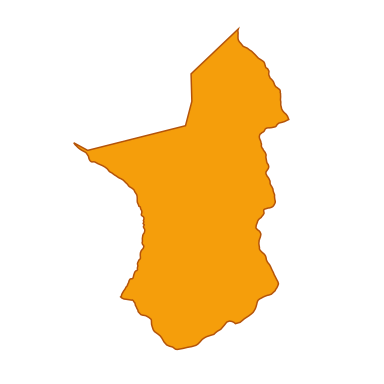 outline of Dekiling, Geylegphug, Bhutan, rotated 170°
{"feature_id": "84629894B28878505567361", "entity_name": "Dekiling", "entity_type": "district", "adm_level": 2, "iso_a3": "BTN", "parent_name": "Bhutan", "parent_adm1": "Geylegphug", "projection": "robinson", "projection_center": [90.344, 26.935], "detail": "fine", "context": "isolated", "style": "filled", "palette": "amber", "viewbox_px": 384, "rotation_deg": 170, "n_neighbors": 0, "source": "geoboundaries", "source_scale": "gbopen_adm2", "svg_char_len": 6026}
<svg xmlns="http://www.w3.org/2000/svg" viewBox="0 0 384 384"><g transform="rotate(170 192 192)"><path d="M280.5,101.1L279.4,99.7L277.5,98.4L276.1,98.0L270.2,96.0L269.4,96.0L268.6,95.0L268.3,94.0L267.6,92.9L267.4,91.5L267.4,90.1L266.9,88.9L266.5,87.0L265.8,85.0L265.8,83.5L263.7,80.2L262.3,79.4L259.2,78.3L258.0,77.4L257.4,76.9L256.2,75.9L255.7,75.3L255.2,74.7L254.7,74.1L254.3,73.4L254.3,72.6L254.5,71.0L254.8,68.8L254.6,66.5L254.1,63.1L253.2,61.1L249.9,57.7L248.2,55.7L247.0,53.2L245.6,49.2L243.5,45.8L241.0,44.1L238.0,42.7L235.6,40.1L233.9,39.5L228.0,39.5L223.5,39.8L219.1,39.8L214.8,40.3L212.8,41.1L210.5,42.7L207.5,45.1L204.9,46.3L202.7,47.0L197.9,47.7L195.2,48.0L193.3,49.3L191.1,50.5L187.5,51.8L183.1,55.4L181.1,57.2L180.0,58.0L177.4,58.4L175.0,57.5L173.2,56.2L172.1,54.8L167.3,55.3L164.8,56.7L162.4,58.1L157.5,60.2L154.6,61.7L152.7,62.9L151.3,64.4L149.9,66.1L148.8,68.0L147.9,69.9L147.0,72.0L145.9,73.8L144.1,74.9L142.1,75.5L140.1,76.2L138.1,76.7L136.0,77.1L133.8,77.2L131.6,77.6L130.0,78.6L127.2,80.4L126.6,81.4L125.1,82.9L123.8,84.7L122.8,86.5L122.9,87.8L123.0,88.6L123.2,89.3L123.5,90.1L124.9,94.7L125.4,96.2L125.6,97.0L125.7,97.8L125.9,98.6L126.6,100.9L126.8,101.6L127.0,102.4L127.4,104.0L127.6,104.8L127.8,105.5L128.1,106.3L128.3,107.0L128.7,107.7L129.1,108.4L129.5,109.1L129.8,109.8L130.1,110.6L130.3,111.4L130.5,112.2L130.5,114.6L130.6,115.4L130.7,116.1L131.0,116.9L131.3,117.6L131.7,118.3L132.2,119.0L133.2,120.1L133.7,120.8L134.6,122.1L135.0,122.8L135.3,123.5L135.5,124.3L135.3,125.1L135.2,125.9L135.2,126.7L135.2,127.5L135.2,128.3L135.1,129.0L135.1,129.8L134.9,130.6L134.6,131.3L134.5,132.1L134.2,132.9L133.8,133.5L133.5,134.3L133.0,134.9L132.3,136.3L132.0,137.1L131.7,137.8L131.5,138.6L131.6,139.4L131.8,140.2L132.0,140.9L132.4,141.7L132.9,142.3L134.0,143.4L134.7,144.5L135.2,145.4L135.2,146.0L134.9,146.8L134.7,147.6L134.4,148.3L134.0,149.0L133.2,150.3L132.8,151.0L132.5,151.8L132.0,152.4L131.5,153.0L130.9,153.5L130.3,153.9L129.6,154.3L128.9,154.6L128.2,155.0L127.7,155.6L125.9,157.1L125.4,157.7L124.9,158.3L124.7,159.1L124.7,159.9L124.7,160.7L124.6,161.5L124.2,162.2L123.5,162.5L122.7,162.6L121.2,162.8L119.7,163.0L118.9,162.9L118.1,162.9L116.6,163.1L115.9,163.3L115.1,163.6L114.5,164.0L113.9,164.5L113.4,165.1L112.9,165.7L112.4,166.4L112.0,167.0L111.7,167.8L111.6,168.6L111.7,169.4L111.7,170.2L111.7,171.0L111.6,172.6L111.5,173.4L111.3,174.2L111.2,175.2L111.4,176.0L111.7,177.5L111.8,178.3L111.9,179.1L111.8,180.7L111.9,181.5L112.2,182.3L112.4,183.1L113.3,185.3L113.5,186.1L113.6,186.9L113.5,187.6L113.4,188.4L113.3,189.2L113.5,190.0L113.7,190.8L113.9,191.6L114.1,192.3L114.5,193.1L114.8,193.8L115.2,194.4L115.7,196.0L115.9,196.8L116.0,197.6L115.8,198.3L115.5,199.1L115.0,199.6L114.4,200.2L113.3,201.3L112.8,201.9L112.4,202.5L112.1,203.3L112.0,204.1L112.1,204.9L112.2,205.7L112.5,206.4L112.9,207.1L113.1,207.9L113.2,208.7L113.2,210.3L113.2,211.9L113.2,212.7L113.2,213.5L113.0,214.3L112.7,215.1L112.6,215.9L112.7,216.6L112.9,217.4L113.1,218.2L113.4,218.9L114.2,220.4L114.5,221.1L114.7,221.8L114.8,222.4L115.3,223.1L115.5,223.8L115.7,224.6L115.7,225.4L115.3,226.9L115.3,227.7L115.5,228.5L115.5,229.3L115.5,230.1L115.7,230.9L115.9,231.7L116.1,232.5L116.2,233.3L116.2,234.1L116.1,234.9L115.8,235.6L115.5,236.3L115.1,237.0L114.4,237.4L113.7,237.7L113.1,238.2L112.4,238.4L111.6,238.7L111.0,239.0L110.3,239.5L109.8,240.1L109.4,240.8L108.9,241.3L108.2,241.7L107.4,241.9L106.7,242.0L105.9,242.0L104.4,241.7L103.6,241.7L102.9,241.6L102.1,241.6L101.4,241.6L99.8,241.7L99.1,241.7L98.3,241.9L97.4,242.5L96.6,243.5L95.2,244.4L94.3,244.8L91.2,245.0L88.7,245.3L85.3,246.3L84.1,246.6L84.8,250.0L85.2,250.8L85.7,252.0L87.5,254.3L88.5,256.0L89.3,258.2L89.3,259.5L89.5,262.3L88.9,265.3L88.9,267.3L88.2,270.3L88.0,271.8L87.7,273.8L87.9,274.6L87.6,275.6L87.6,276.5L87.9,277.7L88.7,278.5L89.3,279.2L90.2,280.2L91.2,281.1L92.0,282.9L92.6,286.2L93.2,287.6L94.1,289.1L95.3,290.7L95.6,292.2L96.0,293.7L95.9,295.2L95.3,297.2L95.3,297.8L96.2,300.4L97.4,301.3L97.7,301.9L97.9,302.8L97.9,303.5L98.1,304.8L98.2,306.2L98.6,307.5L99.0,308.1L100.1,309.2L101.3,310.4L102.7,311.6L103.5,312.4L104.6,314.1L105.0,314.7L105.6,315.7L108.5,319.8L109.5,320.9L110.4,321.6L111.3,322.6L112.5,324.0L115.8,326.2L116.5,326.8L118.2,330.0L118.6,330.6L119.0,331.2L119.4,332.0L119.8,333.1L120.0,334.0L120.0,335.5L119.8,336.5L119.4,338.9L119.1,339.8L119.1,340.4L118.9,341.2L118.9,342.9L118.1,344.5L172.4,308.5L176.4,281.3L186.9,258.4L287.5,251.1L299.9,261.0L298.8,258.7L297.8,257.4L297.0,256.2L296.0,254.9L294.8,253.6L293.3,252.2L289.9,249.5L289.3,248.7L287.8,245.3L287.7,243.2L287.4,241.6L286.9,240.5L286.4,239.8L285.9,239.3L285.2,239.0L283.3,238.8L282.4,238.4L279.8,236.3L275.7,233.6L273.5,231.8L271.6,229.8L271.0,228.8L270.1,227.0L269.2,225.9L267.7,224.8L265.4,222.3L264.1,221.2L262.1,219.2L261.3,218.5L259.4,217.2L257.6,215.6L255.4,212.4L254.5,211.3L253.7,209.8L253.5,209.2L252.7,208.1L250.7,206.4L249.0,204.5L248.7,203.8L248.3,202.2L247.1,199.4L246.9,198.8L246.8,197.3L247.0,195.4L247.5,192.7L247.6,191.3L247.0,188.9L246.7,187.1L246.0,186.7L245.5,186.2L245.5,185.5L245.5,184.3L245.0,183.0L244.8,181.7L244.9,180.8L245.2,179.9L245.8,178.8L245.9,178.2L245.6,177.5L244.3,176.2L243.9,175.3L244.0,173.7L244.9,172.2L244.6,170.9L245.6,169.5L245.3,168.8L244.7,168.2L245.0,167.4L245.7,166.7L245.9,166.1L245.7,165.1L245.2,163.9L245.1,162.7L245.3,161.9L245.8,160.7L246.1,160.1L247.4,158.8L248.0,157.8L249.0,154.8L249.2,153.3L249.4,151.9L249.9,150.9L249.9,149.6L249.6,148.7L249.0,147.8L248.9,147.1L249.0,146.5L249.8,145.0L252.0,143.2L253.1,141.5L253.4,140.9L253.9,138.9L254.1,136.8L254.4,135.4L255.1,134.8L256.0,134.3L256.7,133.3L257.6,132.0L258.1,131.1L258.2,130.3L258.1,128.7L258.5,127.8L258.9,127.0L259.1,126.0L259.1,125.1L259.8,124.3L261.1,124.0L261.9,123.4L262.4,122.8L263.7,120.5L264.7,118.1L265.3,117.3L265.8,117.0L267.6,117.1L268.2,116.9L269.2,115.8L270.3,113.6L271.5,112.1L271.7,111.4L272.7,110.3L273.2,110.1L275.1,107.7L276.5,106.4L278.5,104.0L279.1,103.1L279.6,101.9L280.0,101.4L280.5,101.1Z" fill="#f59e0b" stroke="#b45309" stroke-width="1.5"/></g></svg>